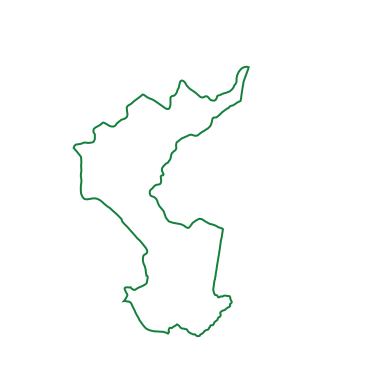 the district of Salamá, Baja Verapaz, Guatemala, rotated 318°
{"feature_id": "79465075B18875713614503", "entity_name": "Salamá", "entity_type": "district", "adm_level": 2, "iso_a3": "GTM", "parent_name": "Guatemala", "parent_adm1": "Baja Verapaz", "projection": "robinson", "projection_center": [-90.294, 15.052], "detail": "fine", "context": "isolated", "style": "outline", "palette": "green", "viewbox_px": 384, "rotation_deg": 318, "n_neighbors": 0, "source": "geoboundaries", "source_scale": "gbopen_adm2", "svg_char_len": 6001}
<svg xmlns="http://www.w3.org/2000/svg" viewBox="0 0 384 384"><g transform="rotate(318 192 192)"><path d="M100.0,303.1L100.6,303.6L101.1,303.9L101.6,304.0L102.8,303.5L103.3,303.6L103.7,303.8L104.1,304.0L105.4,304.0L106.8,304.1L107.1,304.0L107.7,303.7L108.6,303.7L109.0,303.9L109.9,304.0L111.7,304.9L112.7,305.0L113.0,304.9L113.6,304.4L114.0,304.3L114.7,304.4L115.2,304.2L116.2,303.6L116.6,303.6L117.4,304.1L118.0,304.7L118.5,304.9L118.8,304.9L119.4,304.8L121.5,303.8L122.4,303.8L123.6,303.9L124.4,304.0L125.4,304.0L126.1,303.6L127.1,303.0L127.4,302.9L129.0,303.3L129.4,303.4L130.0,303.2L130.8,302.8L131.2,302.4L131.8,301.1L132.3,300.6L132.9,300.4L134.2,300.4L135.2,300.6L136.7,301.3L137.4,301.7L137.9,301.7L138.7,301.6L139.4,301.6L141.0,301.8L143.0,302.4L143.8,302.3L144.1,302.2L144.5,301.8L144.9,301.0L145.1,300.8L145.5,300.8L146.6,300.8L147.4,300.7L147.9,300.4L148.1,300.0L148.4,299.1L148.8,297.4L149.0,297.0L149.5,296.4L149.8,296.2L149.8,295.9L150.0,295.4L150.1,294.9L150.1,294.4L149.9,294.0L149.2,293.6L148.9,293.3L148.2,292.2L147.7,291.6L147.1,291.0L146.4,290.5L146.1,290.3L145.3,290.2L144.7,290.1L144.3,289.8L143.7,289.0L143.5,288.8L142.8,288.6L142.2,288.5L141.7,288.4L141.2,288.0L141.1,287.7L141.1,287.2L141.4,286.2L141.5,285.8L141.3,285.3L140.5,284.2L140.3,283.7L140.4,283.2L140.6,282.3L142.3,278.9L149.6,272.7L150.6,272.3L152.8,270.4L153.2,270.3L155.2,268.4L158.0,266.3L161.3,263.5L172.5,254.6L181.4,247.1L183.3,245.9L189.8,240.6L190.2,239.9L189.4,238.5L189.4,238.0L188.0,235.9L187.4,233.7L186.3,231.2L183.8,227.4L182.5,223.7L181.1,218.7L179.6,216.9L178.8,216.5L175.1,215.7L173.8,215.6L171.8,215.4L167.0,216.4L165.6,216.4L164.7,215.7L163.9,213.8L163.6,211.8L162.4,208.9L160.9,206.8L158.6,203.9L157.4,202.3L156.1,200.2L155.1,198.2L155.4,193.6L157.9,187.8L158.2,186.0L158.3,180.9L158.9,178.5L159.6,176.7L160.4,175.0L160.7,173.6L160.8,172.1L160.3,170.1L158.9,167.4L159.0,166.3L159.5,165.0L161.1,163.3L162.5,162.7L165.0,162.8L167.4,162.4L169.9,162.6L172.7,164.4L173.9,164.7L175.1,164.3L176.4,163.3L179.3,159.4L180.5,159.4L181.7,160.2L182.8,159.7L183.9,156.1L184.9,154.9L186.0,154.2L188.0,153.7L191.7,153.5L193.8,154.1L195.7,153.5L196.7,153.4L198.6,152.7L201.2,150.6L203.1,149.7L205.7,149.6L206.9,149.8L208.5,149.6L209.5,149.1L210.5,147.9L211.3,146.7L213.2,145.2L213.8,144.9L220.1,145.3L226.7,147.5L228.4,147.9L230.0,149.1L230.6,150.1L231.1,151.0L231.7,152.0L232.9,153.1L234.0,153.7L238.7,154.0L242.8,154.8L244.3,155.0L246.3,155.4L249.3,155.3L250.6,154.9L253.1,153.6L255.6,151.7L256.4,151.2L257.5,151.1L258.3,151.5L260.1,152.9L262.8,153.1L264.7,153.1L267.8,152.9L274.1,153.5L275.2,154.1L277.2,153.7L278.6,154.1L280.8,155.2L283.3,155.5L285.1,155.7L289.0,156.8L290.7,155.6L292.4,154.1L294.5,152.3L299.7,148.1L304.3,144.4L315.9,138.3L317.6,137.2L316.8,135.9L315.8,135.0L314.3,134.2L312.7,133.6L310.9,133.4L307.4,133.9L304.0,135.3L301.3,137.2L299.3,139.4L298.3,140.2L296.9,140.8L294.6,141.1L293.9,141.6L291.2,142.5L287.6,142.5L284.7,141.5L280.5,139.5L277.7,138.7L276.0,137.8L274.8,137.7L274.2,138.1L273.1,138.8L270.9,139.4L269.8,139.0L268.7,138.1L267.5,136.3L267.3,135.2L267.4,131.8L267.0,130.8L265.9,129.8L263.8,129.3L263.1,128.8L262.3,128.0L261.7,126.4L261.1,120.7L260.5,118.0L259.9,115.8L259.4,113.6L259.3,109.4L260.1,105.7L259.9,104.2L259.6,103.2L259.0,102.3L258.6,102.1L257.7,102.0L256.7,102.2L251.8,105.7L249.3,106.6L247.6,107.7L245.3,108.4L243.4,108.5L241.4,107.4L239.7,107.2L238.3,108.3L235.6,111.5L233.9,113.1L231.6,114.5L230.2,114.6L228.8,113.4L228.2,111.9L228.0,111.2L227.6,109.1L226.0,102.1L224.9,97.9L224.4,96.6L223.4,94.7L222.1,91.6L221.3,87.8L221.0,87.2L220.8,86.9L220.4,86.5L217.8,86.5L209.3,85.7L207.6,85.8L204.1,85.5L203.0,85.1L201.6,85.0L200.1,85.5L198.5,87.5L195.9,91.3L194.8,92.1L193.5,92.7L192.4,92.7L190.8,92.4L187.7,91.0L186.5,91.0L182.1,90.7L179.3,91.4L177.6,90.9L176.1,89.6L174.9,87.7L173.9,84.2L173.5,83.2L173.0,81.7L172.6,81.1L172.0,80.8L168.5,80.7L164.5,79.7L162.5,79.4L161.0,79.5L159.2,81.0L158.7,82.2L158.5,83.7L157.9,84.8L157.1,85.5L156.2,86.6L155.3,87.6L154.1,88.2L152.7,88.8L151.5,88.6L150.2,87.9L149.1,87.1L148.4,86.7L146.9,85.2L145.8,83.9L145.1,83.2L144.1,82.7L142.7,82.3L141.4,81.7L140.5,81.1L138.1,79.5L137.2,79.0L135.3,79.1L133.5,80.1L133.5,84.8L133.1,90.9L132.7,92.0L131.1,94.2L128.8,96.8L127.4,98.0L124.0,102.2L121.3,104.5L119.9,105.9L119.2,107.2L116.9,110.2L113.4,113.2L111.9,114.8L110.9,115.9L109.1,118.1L108.4,119.3L108.1,120.1L107.4,122.2L107.3,124.8L107.8,125.8L109.2,127.3L111.6,128.9L113.7,130.2L114.8,131.0L115.6,131.8L117.0,133.6L118.2,136.7L118.6,139.0L118.8,141.4L119.3,145.1L119.7,147.0L120.3,149.1L120.7,154.1L120.9,155.2L121.0,155.9L121.1,157.8L121.3,159.6L121.5,164.5L121.4,165.3L121.1,165.7L120.5,167.2L120.3,169.4L120.6,174.6L120.4,190.3L120.7,193.2L120.6,197.6L120.2,203.1L119.6,205.3L119.1,206.1L118.5,206.7L117.9,206.9L117.3,207.2L116.6,207.2L114.8,206.8L113.7,206.7L112.8,207.1L110.9,208.7L109.9,209.8L109.0,211.0L107.8,213.6L107.4,215.2L105.7,218.5L103.9,220.9L102.3,223.5L102.6,223.6L102.3,225.5L101.2,226.5L100.3,227.1L97.6,229.3L95.7,229.5L92.2,228.7L88.3,227.3L84.0,226.5L83.2,225.7L82.7,224.1L82.5,223.2L82.6,221.7L81.6,221.1L80.3,219.7L79.1,218.7L78.7,218.5L78.4,218.4L77.8,218.4L77.2,218.8L76.9,219.2L76.6,220.4L76.2,221.4L75.9,222.1L75.7,223.3L75.5,224.2L75.1,225.3L74.2,225.9L70.0,227.3L68.4,227.5L69.0,227.9L71.8,231.4L72.2,231.9L72.3,234.1L71.8,235.9L71.4,236.8L70.4,240.7L69.5,243.2L68.6,246.6L67.8,250.5L67.3,251.8L66.6,257.3L66.4,261.2L66.6,263.0L67.8,266.1L68.8,267.6L70.4,269.9L76.8,276.4L77.5,277.2L77.7,277.8L79.0,279.7L79.4,281.1L81.0,280.8L81.3,280.6L81.5,280.2L81.6,279.8L81.8,279.4L82.3,279.0L83.8,278.1L84.8,278.2L86.0,279.6L88.3,279.7L89.7,280.2L92.2,280.3L92.3,280.9L92.7,281.7L92.8,282.1L92.9,283.6L92.7,285.1L92.9,285.9L93.4,287.0L93.8,287.4L94.5,288.0L94.9,288.6L95.0,289.0L95.3,289.5L95.6,289.7L96.0,290.2L96.2,291.1L96.0,291.8L95.9,292.4L95.8,293.2L95.9,294.0L96.1,295.1L97.6,298.6L98.0,299.0L98.7,299.4L98.9,299.7L99.2,302.0L99.5,302.6L100.0,303.1Z" fill="none" stroke="#15803d" stroke-width="2"/></g></svg>